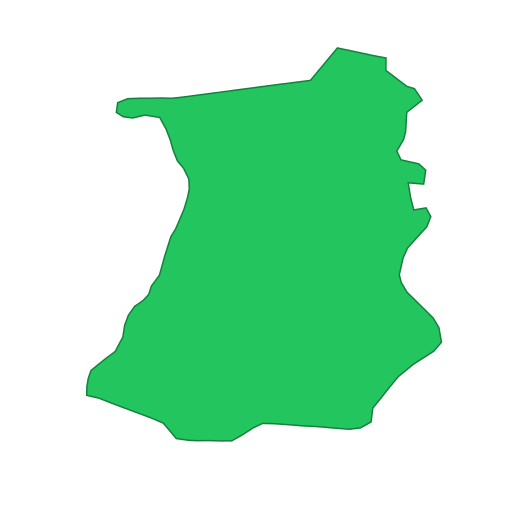 Caaporã, Paraíba, Brazil, rotated 259°
{"feature_id": "56859067B18001718921776", "entity_name": "Caaporã", "entity_type": "district", "adm_level": 2, "iso_a3": "BRA", "parent_name": "Brazil", "parent_adm1": "Paraíba", "projection": "mercator", "projection_center": [-34.92, -7.478], "detail": "fine", "context": "isolated", "style": "filled", "palette": "green", "viewbox_px": 512, "rotation_deg": 259, "n_neighbors": 0, "source": "geoboundaries", "source_scale": "gbopen_adm2", "svg_char_len": 1411}
<svg xmlns="http://www.w3.org/2000/svg" viewBox="0 0 512 512"><g transform="rotate(259 256 256)"><path d="M151.5,63.2L146.4,74.7L140.1,84.6L131.6,98.3L124.8,109.5L116.7,122.7L109.6,133.1L99.3,138.9L92.0,142.9L87.9,154.8L86.0,162.7L83.6,175.5L81.1,186.6L79.2,197.0L82.6,207.3L87.7,220.2L90.4,230.4L87.9,241.9L84.4,255.0L80.2,270.0L77.6,280.7L75.1,289.8L72.0,300.5L68.1,314.7L67.3,325.7L71.1,337.3L84.4,341.6L91.2,349.8L101.5,361.8L110.4,372.6L119.7,389.8L128.7,412.5L136.0,421.6L150.7,421.9L161.5,418.0L191.7,397.3L202.3,393.5L210.2,393.1L226.0,400.0L234.9,406.3L246.1,421.1L252.0,429.2L261.3,435.1L270.8,432.1L271.1,419.7L284.0,418.9L298.8,419.4L294.6,434.3L307.9,439.0L315.4,433.4L322.7,416.7L332.1,414.2L342.2,423.1L349.5,426.6L368.3,431.4L377.2,448.8L390.0,443.5L393.8,436.4L413.4,418.9L425.6,421.4L430.3,409.5L444.7,375.6L418.0,342.9L420.2,309.3L426.1,212.5L426.9,203.3L429.1,193.6L431.1,182.1L432.9,173.0L434.9,160.2L432.9,149.5L423.6,146.3L418.0,152.3L415.0,161.3L415.5,173.9L410.4,187.9L397.9,191.9L387.0,193.9L375.5,194.9L364.3,197.0L356.0,201.6L344.4,204.8L334.6,203.3L326.5,200.0L315.9,194.4L305.7,187.6L298.1,182.4L291.2,176.1L282.2,171.2L272.6,166.0L265.1,162.3L255.5,157.5L246.5,147.6L238.8,143.4L233.8,136.6L229.8,127.4L222.2,119.4L212.9,113.8L201.8,109.8L189.2,99.6L184.0,88.9L179.7,80.7L175.1,72.2L168.3,68.2L160.5,65.2L151.5,63.2Z" fill="#22c55e" stroke="#15803d" stroke-width="1.5"/></g></svg>